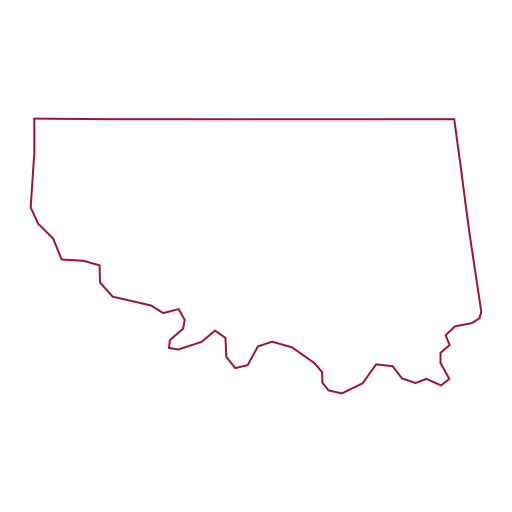 the district of Sequoyah, Oklahoma, United States of America
{"feature_id": "52423323B29352809439371", "entity_name": "Sequoyah", "entity_type": "district", "adm_level": 2, "iso_a3": "USA", "parent_name": "United States of America", "parent_adm1": "Oklahoma", "projection": "albers", "projection_center": [-94.709, 35.465], "detail": "fine", "context": "isolated", "style": "outline", "palette": "rose", "viewbox_px": 512, "rotation_deg": 0, "n_neighbors": 0, "source": "geoboundaries", "source_scale": "gbopen_adm2", "svg_char_len": 887}
<svg xmlns="http://www.w3.org/2000/svg" viewBox="0 0 512 512"><path d="M479.7,318.1L479.6,317.3L480.7,313.8L481.2,312.2L481.3,311.9L477.3,285.2L469.2,231.4L469.2,231.1L464.6,196.7L460.3,163.3L459.8,159.7L459.5,158.4L459.0,154.3L454.2,119.2L239.6,119.3L169.0,119.2L107.9,119.2L34.3,118.6L34.3,152.5L30.7,207.5L38.1,223.7L53.2,238.6L61.6,259.5L83.5,260.8L99.6,265.4L100.0,282.5L112.7,296.7L151.1,305.5L163.2,313.1L178.6,309.1L184.7,319.9L183.1,328.7L169.9,340.1L169.0,347.9L178.4,349.5L201.7,341.8L215.0,330.6L225.4,337.9L226.4,357.0L235.3,368.1L247.7,365.1L257.9,346.4L272.1,341.7L291.9,347.3L314.3,363.0L322.0,372.0L322.4,382.7L328.5,390.4L341.9,393.4L362.6,383.3L376.1,364.4L392.6,366.2L402.0,378.4L415.6,383.0L426.3,378.9L441.1,385.4L449.3,378.9L440.5,362.9L440.5,352.8L449.6,345.1L445.7,335.2L454.9,326.4L471.8,323.1L479.7,318.1Z" fill="none" stroke="#9f1239" stroke-width="2"/></svg>